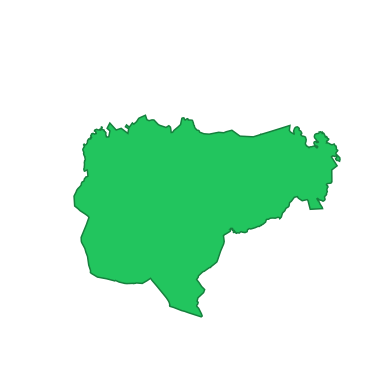 Šķeltovas pag., Aglonas, Latvia, rotated 36°
{"feature_id": "27541924B92789434462497", "entity_name": "Šķeltovas pag.", "entity_type": "district", "adm_level": 2, "iso_a3": "LVA", "parent_name": "Latvia", "parent_adm1": "Aglonas", "projection": "orthographic", "projection_center": [27.046, 56.047], "detail": "fine", "context": "isolated", "style": "filled", "palette": "green", "viewbox_px": 384, "rotation_deg": 36, "n_neighbors": 0, "source": "geoboundaries", "source_scale": "gbopen_adm2", "svg_char_len": 5890}
<svg xmlns="http://www.w3.org/2000/svg" viewBox="0 0 384 384"><g transform="rotate(36 192 192)"><path d="M293.3,80.4L292.7,78.8L291.4,77.4L286.4,76.6L285.7,76.2L285.5,75.8L285.4,75.0L285.6,73.3L285.4,72.6L283.6,72.6L282.8,71.3L282.4,71.1L281.6,70.2L280.8,70.5L278.8,69.6L278.1,70.8L277.3,71.6L276.0,72.0L273.7,72.2L272.0,73.1L272.0,72.6L271.9,72.2L271.1,72.0L271.0,71.7L271.1,71.2L271.5,70.6L271.7,69.6L271.6,68.9L271.3,68.7L269.9,69.0L269.2,68.4L268.4,68.1L268.3,68.6L267.6,69.1L267.1,68.6L264.3,67.1L263.6,67.1L263.4,67.3L263.6,67.5L263.3,67.8L263.2,67.3L262.3,67.0L262.3,67.5L261.7,68.0L261.5,67.9L261.5,67.6L260.7,67.6L259.7,68.7L259.9,68.8L260.0,69.1L259.9,70.3L258.8,71.2L257.9,72.5L257.7,73.3L258.1,74.7L258.5,75.4L259.4,76.1L261.7,76.6L262.7,77.3L264.1,77.1L264.9,77.4L264.9,77.7L263.9,78.7L262.4,78.3L261.6,79.4L261.5,80.0L261.9,80.8L263.6,81.8L264.5,82.0L266.4,81.3L267.0,81.4L267.3,82.0L267.2,82.8L266.7,83.0L265.6,82.7L264.5,82.7L263.4,83.4L262.2,85.1L260.9,86.1L260.8,87.1L260.5,87.4L258.7,87.1L257.9,87.5L255.7,86.6L255.0,85.7L254.5,84.1L253.6,82.5L251.5,80.9L249.6,81.2L248.6,82.0L246.3,81.7L246.0,81.4L246.5,80.3L245.6,79.4L244.0,78.8L242.7,79.0L242.1,78.8L241.5,77.7L240.9,77.4L239.1,77.3L238.3,78.0L237.7,78.9L237.6,79.9L237.8,81.2L238.1,81.8L238.3,83.0L239.3,83.7L239.8,84.5L240.4,84.8L240.5,85.2L236.3,85.6L234.5,84.9L232.1,80.6L219.8,97.2L214.3,104.4L213.7,104.7L213.8,105.1L209.2,111.3L198.0,118.6L188.0,118.6L184.2,123.2L182.9,125.4L178.5,128.0L171.9,135.1L167.4,137.9L163.0,139.1L161.7,138.3L160.9,138.4L159.9,139.0L157.1,138.5L156.0,138.0L154.9,137.0L153.8,136.6L152.6,135.4L150.2,133.8L149.1,134.3L146.7,135.9L145.9,135.3L145.3,135.3L144.6,136.3L144.5,137.1L144.1,137.8L142.9,137.5L142.0,136.8L141.5,137.0L140.9,137.6L140.5,138.3L143.1,144.2L142.5,147.6L141.2,152.7L141.2,155.2L140.2,156.1L137.6,153.3L136.4,152.2L134.3,152.0L133.0,155.1L132.8,155.1L126.5,157.1L124.7,157.2L118.9,156.1L117.2,157.2L115.4,159.5L114.8,159.7L113.0,160.0L109.2,157.3L106.4,162.1L105.6,163.7L105.8,167.8L105.0,171.3L103.2,171.2L103.2,176.4L99.6,176.2L99.8,178.4L103.6,178.1L105.7,182.3L97.3,182.1L94.2,186.4L85.0,184.5L85.9,190.4L89.7,190.8L92.2,196.2L91.9,196.7L90.4,197.7L88.4,196.1L88.0,195.6L87.7,194.8L87.4,194.6L86.3,194.3L85.3,194.4L84.6,193.6L82.8,194.1L81.7,193.8L81.4,193.6L81.5,192.7L80.9,192.4L80.5,192.6L81.1,193.9L81.4,194.7L81.8,195.4L81.8,195.6L81.3,195.8L80.6,195.4L80.5,195.6L80.6,196.2L80.5,196.4L79.1,197.1L78.0,197.3L77.0,198.9L77.1,199.8L77.3,200.0L78.5,199.6L79.0,200.0L79.4,200.7L80.1,200.8L80.2,201.0L79.6,201.6L79.1,202.5L78.0,202.5L77.6,202.7L77.2,203.0L76.7,203.9L77.0,204.2L77.1,204.7L76.8,205.6L78.4,206.7L77.7,207.2L77.8,207.9L78.1,208.1L78.7,207.9L78.9,208.4L78.3,209.2L77.3,209.6L77.2,210.0L77.2,210.7L77.4,212.1L78.4,213.6L78.5,215.6L78.0,216.7L77.8,217.0L76.6,216.7L76.6,217.6L77.7,218.0L78.4,218.8L78.1,219.3L78.4,220.2L78.5,221.5L79.2,222.3L81.2,223.5L81.6,224.5L82.3,225.2L83.9,226.2L84.5,226.2L84.8,226.8L86.3,228.2L86.7,228.7L86.8,229.4L86.7,229.7L87.2,230.3L87.3,231.1L88.2,232.1L88.4,232.5L89.1,233.2L89.7,234.5L90.3,235.1L90.8,236.6L91.2,237.3L92.5,238.3L93.0,238.2L93.6,236.6L94.4,235.8L98.5,240.3L98.0,241.5L97.3,242.2L97.4,242.7L97.3,242.9L97.3,244.2L97.2,244.4L98.1,246.7L97.2,248.6L97.4,249.9L98.3,251.8L98.1,254.0L97.7,256.2L97.7,258.4L98.2,260.0L99.0,264.7L105.3,272.3L109.6,272.5L112.5,272.9L118.6,272.6L121.6,272.6L123.6,273.1L124.6,276.7L125.7,280.3L129.0,293.9L131.3,296.8L132.4,297.7L138.6,300.7L141.6,303.1L145.4,305.6L151.4,311.8L156.1,315.2L157.2,316.9L158.6,317.0L165.5,316.4L173.9,312.4L181.8,309.3L182.1,308.5L185.9,307.7L191.3,305.5L193.0,304.5L198.2,300.4L198.4,300.5L199.9,299.1L200.4,298.3L205.5,295.2L207.7,290.3L209.2,286.2L211.6,287.0L218.6,288.7L233.6,292.7L236.8,293.9L238.7,294.9L240.3,296.3L240.8,296.9L240.7,297.0L241.3,297.5L244.9,296.2L253.4,294.0L256.1,292.9L259.9,291.8L272.8,287.6L273.1,286.7L273.1,286.3L271.2,285.0L265.8,282.2L263.1,281.7L262.4,280.8L262.5,279.2L261.8,277.6L260.3,277.4L259.0,274.1L260.5,266.6L259.6,263.5L255.3,262.8L250.8,261.1L247.2,260.1L247.1,257.2L246.5,256.1L247.6,250.2L248.5,248.9L250.4,243.2L251.2,242.3L251.0,242.2L252.2,238.0L253.2,234.0L252.9,232.8L252.7,232.0L249.9,223.1L248.1,215.3L247.1,213.1L243.1,208.8L243.3,208.1L243.3,207.4L243.9,206.4L246.0,201.4L245.1,199.5L244.8,199.6L244.9,199.4L244.7,199.0L244.8,198.5L246.2,197.7L246.6,198.0L246.6,199.0L246.8,199.1L247.5,199.2L248.2,198.4L248.7,198.4L249.1,198.6L249.3,198.9L249.0,200.1L249.4,200.3L249.8,200.1L250.3,199.1L250.5,198.9L251.0,198.9L251.6,199.4L252.1,199.4L253.0,198.0L254.3,197.5L254.5,196.9L254.6,195.9L255.2,195.1L256.3,195.0L256.9,194.5L257.5,194.4L257.9,193.9L258.7,193.8L259.3,192.7L259.8,192.1L259.9,191.7L259.1,189.8L259.6,188.7L259.7,188.0L261.1,187.5L262.0,186.5L264.1,183.7L265.5,181.2L266.0,180.7L266.6,180.5L267.1,179.1L267.6,178.4L267.3,178.2L267.4,177.9L268.0,177.1L268.4,176.3L269.2,173.1L268.4,170.8L268.6,170.1L269.9,169.1L270.7,167.2L272.6,165.6L274.8,164.2L276.4,161.9L277.7,161.4L278.7,162.0L278.9,161.2L278.8,160.5L279.0,159.8L277.6,155.9L278.1,152.6L277.6,150.0L278.7,147.4L278.7,146.3L277.2,143.2L277.8,141.2L277.9,136.1L279.9,133.8L281.8,134.5L286.3,134.3L289.6,130.5L290.8,130.7L297.8,136.5L307.4,128.7L306.4,127.9L303.0,126.6L300.3,125.1L299.3,125.0L297.1,124.1L297.1,123.8L297.4,123.3L299.9,123.5L302.0,122.5L302.7,122.6L303.4,122.4L303.9,121.4L304.1,120.3L304.0,119.8L303.7,119.5L302.1,118.1L302.0,117.5L302.3,116.1L302.3,114.9L301.7,114.3L301.2,112.1L300.2,111.4L299.7,110.9L299.0,108.8L299.1,108.0L297.9,107.2L297.6,107.2L297.7,107.5L297.1,107.4L296.4,107.0L296.3,106.5L296.6,105.6L299.1,103.2L299.3,102.3L298.8,101.5L299.0,101.3L292.1,92.0L294.0,85.5L284.2,81.7L284.4,80.3L284.8,80.2L285.3,79.7L286.6,79.4L287.1,78.4L287.5,78.1L288.2,78.2L288.7,78.8L288.7,79.3L288.5,80.5L289.0,81.0L290.6,81.4L291.4,80.8L293.3,80.4Z" fill="#22c55e" stroke="#15803d" stroke-width="1.5"/></g></svg>